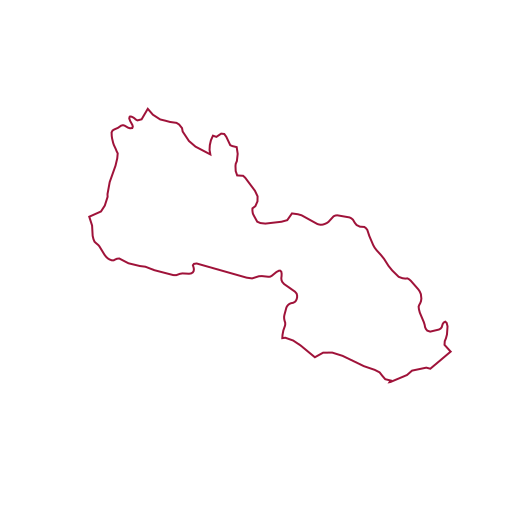 SVG path tracing the border of Leitrim, rotated 151°
{"feature_id": "IRL-730", "entity_name": "Leitrim", "entity_type": "County", "adm_level": 1, "iso_a3": "IRL", "parent_name": "Ireland", "parent_adm1": "", "projection": "mercator", "projection_center": [-8.037, 54.143], "detail": "fine", "context": "isolated", "style": "outline", "palette": "rose", "viewbox_px": 512, "rotation_deg": 151, "n_neighbors": 0, "source": "natural_earth", "source_scale": "10m", "svg_char_len": 3051}
<svg xmlns="http://www.w3.org/2000/svg" viewBox="0 0 512 512"><g transform="rotate(151 256 256)"><path d="M200.3,80.9L198.6,81.8L202.7,85.6L203.6,89.9L204.3,94.3L207.4,98.9L215.1,107.4L228.7,126.7L236.2,134.6L244.2,138.9L253.6,138.9L260.4,156.2L264.5,164.1L270.0,170.3L272.8,171.4L271.1,174.1L268.2,177.6L264.4,181.0L263.6,182.0L262.8,183.5L262.4,185.5L261.8,187.4L260.9,189.2L259.8,190.6L254.6,196.0L253.4,196.9L251.7,197.6L250.0,197.9L248.1,197.7L246.4,197.1L244.4,197.0L242.8,197.5L241.3,198.6L240.1,199.9L239.2,201.5L238.7,203.4L239.2,205.9L245.0,217.8L245.6,220.5L245.4,222.5L244.6,224.4L243.4,226.0L242.1,228.2L241.5,230.0L241.9,231.4L243.0,232.0L245.8,232.1L252.0,231.0L253.8,231.1L255.2,231.8L260.6,235.6L263.3,236.9L270.3,238.3L274.7,241.6L311.5,278.2L314.1,279.2L315.7,278.5L316.1,276.4L316.7,274.6L317.8,273.1L319.2,272.3L321.1,272.2L323.1,272.9L328.7,276.4L331.2,277.3L335.0,277.9L337.6,279.4L351.8,292.9L358.0,300.3L362.4,303.5L371.1,311.5L376.8,320.1L378.9,321.0L380.8,321.2L382.5,321.2L384.2,322.1L385.8,324.0L386.8,325.8L387.5,328.0L387.9,330.6L388.3,340.5L388.6,342.0L389.7,344.9L390.3,346.8L390.0,349.5L389.1,352.8L384.6,362.1L382.8,371.2L370.0,370.1L363.8,373.4L357.1,379.7L355.9,382.1L348.1,391.6L335.1,403.1L330.0,408.7L327.2,412.8L327.1,415.2L326.8,417.5L326.5,422.0L326.1,424.2L324.9,428.5L324.0,430.9L322.4,434.1L320.6,435.3L318.7,435.4L314.6,435.0L310.8,435.4L308.9,434.9L307.7,433.7L305.7,430.3L304.3,428.8L302.2,427.9L301.1,428.8L300.6,430.4L300.6,435.0L300.2,437.7L299.2,438.9L298.5,439.1L297.4,438.3L296.5,437.1L295.6,435.5L295.0,433.7L294.0,432.1L289.8,431.0L279.3,437.2L277.7,429.6L273.6,421.9L269.7,418.3L266.2,414.9L261.0,411.0L259.5,408.3L258.7,403.7L259.8,400.4L258.9,389.1L255.9,381.0L246.7,367.0L245.2,371.3L242.6,375.4L239.3,379.1L235.3,382.1L232.9,379.4L227.1,379.9L224.6,378.1L224.2,374.6L224.8,365.4L223.4,363.6L220.1,360.6L222.5,354.2L226.7,348.3L229.0,346.5L230.3,344.7L232.6,340.1L233.4,335.6L228.4,332.4L227.5,329.7L225.3,313.5L225.7,307.4L228.2,303.1L232.4,299.9L236.0,299.4L236.9,297.9L237.6,296.3L238.2,294.5L238.3,292.3L238.3,285.4L236.2,282.7L232.1,279.8L217.1,273.6L211.3,272.2L203.9,275.8L199.1,272.2L196.4,269.5L186.8,254.2L185.6,253.0L184.2,251.9L182.4,251.1L180.4,250.7L178.1,250.5L176.1,250.7L168.9,253.1L166.9,252.9L165.2,252.2L155.5,244.4L154.4,242.8L153.6,240.8L153.5,237.2L153.0,234.3L150.9,231.3L147.2,228.9L146.4,227.2L146.0,224.9L147.2,218.5L148.2,208.8L148.2,205.8L147.7,202.4L146.2,196.1L145.4,191.4L144.9,183.1L143.9,177.4L141.3,168.6L138.7,165.6L136.3,163.8L134.4,163.0L133.4,161.4L132.6,159.2L130.2,148.0L130.0,145.6L130.3,142.7L132.0,138.6L133.6,136.5L135.3,135.1L136.9,134.1L138.3,132.9L139.3,130.5L140.2,127.0L141.3,116.7L141.9,113.9L142.6,111.9L142.8,109.9L142.4,107.7L140.3,105.4L131.7,103.0L129.8,103.0L128.2,103.6L125.7,106.0L124.1,106.8L122.3,106.8L121.7,105.0L122.6,101.6L127.0,94.8L129.8,91.9L132.2,90.0L134.2,86.9L132.3,78.7L132.1,78.0L158.2,72.9L161.2,75.8L175.1,80.1L181.6,78.7L199.3,80.6L200.0,80.8L200.3,80.9Z" fill="none" stroke="#9f1239" stroke-width="2"/></g></svg>